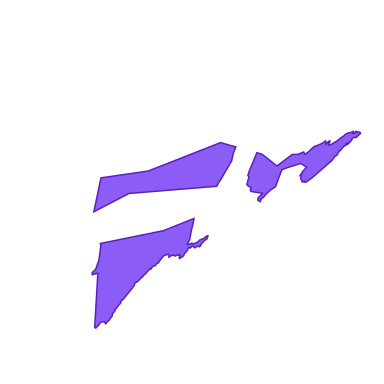 the district of Kópavogsbær, Höfuðborgarsvæði, Iceland, rotated 137°
{"feature_id": "244011B4103585132621", "entity_name": "Kópavogsbær", "entity_type": "district", "adm_level": 2, "iso_a3": "ISL", "parent_name": "Iceland", "parent_adm1": "Höfuðborgarsvæði", "projection": "robinson", "projection_center": [-21.781, 64.044], "detail": "fine", "context": "isolated", "style": "filled", "palette": "violet", "viewbox_px": 384, "rotation_deg": 137, "n_neighbors": 0, "source": "geoboundaries", "source_scale": "gbopen_adm2", "svg_char_len": 5709}
<svg xmlns="http://www.w3.org/2000/svg" viewBox="0 0 384 384"><g transform="rotate(137 192 192)"><path d="M294.2,216.9L294.5,215.6L306.4,205.7L315.1,201.2L320.0,201.1L321.3,199.5L316.3,196.8L355.2,159.6L355.5,158.9L355.3,158.3L355.2,158.1L353.9,158.3L352.4,158.0L352.0,158.1L349.0,158.8L348.1,159.0L347.7,159.0L346.4,158.3L345.7,157.8L344.9,157.1L344.5,156.5L344.7,155.9L345.0,155.1L345.0,154.5L344.5,154.4L344.0,154.5L343.7,154.7L342.9,154.9L342.0,154.9L339.9,154.7L339.1,154.9L338.6,155.2L336.8,155.5L335.5,155.5L334.5,156.0L333.5,157.0L333.1,157.3L332.6,157.3L330.5,157.4L329.7,157.6L329.0,157.8L328.3,158.1L327.7,158.6L325.7,158.7L324.6,159.0L323.8,159.1L321.9,159.3L320.9,159.3L320.2,159.4L319.0,160.0L318.3,160.6L316.9,160.7L316.0,160.4L315.5,160.4L298.7,162.8L295.7,164.3L295.3,164.4L295.0,164.3L294.5,164.0L293.0,163.6L289.3,163.8L288.8,163.9L288.3,164.2L288.1,164.2L287.9,164.0L287.8,163.8L287.6,163.7L286.5,163.6L286.1,163.7L285.5,163.7L284.4,164.0L283.9,164.1L282.2,163.9L281.1,164.0L280.3,164.0L279.6,164.1L279.4,164.2L277.7,164.4L276.9,164.3L276.5,164.5L276.1,164.4L275.4,164.1L275.0,164.4L274.5,164.3L274.5,164.0L274.4,163.7L273.8,163.8L273.5,163.8L273.0,164.2L272.7,164.2L270.5,164.2L270.1,164.0L270.1,163.9L269.7,163.4L268.5,163.2L268.0,163.3L267.4,163.6L266.9,163.7L265.5,163.2L264.5,163.4L263.3,163.3L263.0,163.5L262.7,163.8L261.9,163.8L261.1,164.2L259.6,164.0L258.8,164.3L257.9,164.5L256.7,164.6L255.7,164.5L254.8,164.1L253.2,163.8L253.1,163.7L253.1,163.2L252.9,163.0L252.4,162.7L252.0,162.5L251.7,162.2L251.6,161.9L252.1,161.0L252.6,160.6L253.4,160.3L253.4,160.2L253.1,159.9L252.4,159.8L251.6,160.1L250.9,159.8L250.3,159.4L250.2,159.3L249.9,159.2L249.6,158.9L248.5,158.6L248.2,158.4L248.2,158.0L248.4,157.4L248.3,157.2L248.0,156.7L246.5,156.2L246.3,155.9L245.5,155.8L245.3,155.7L245.1,155.5L245.2,155.4L245.0,155.1L244.2,155.1L243.8,154.8L243.9,154.7L243.9,154.2L244.2,153.7L245.7,153.0L246.2,152.6L246.5,151.9L244.0,151.3L242.0,151.1L241.1,151.3L240.5,151.6L238.9,152.2L238.2,152.1L237.2,152.1L236.0,152.3L235.1,152.4L234.8,152.5L234.7,152.7L234.4,153.2L234.2,153.4L233.8,153.4L232.2,153.4L231.9,153.3L231.8,153.2L231.9,152.5L231.8,152.3L229.2,152.3L228.6,152.1L228.2,151.9L228.1,151.7L228.3,150.6L228.2,149.5L228.1,149.3L227.6,149.1L226.5,149.0L225.2,148.5L224.5,148.2L223.6,147.5L223.5,147.4L224.0,147.0L224.0,146.9L222.9,146.8L221.6,147.0L220.3,147.8L219.9,147.9L217.9,147.7L216.6,147.9L215.1,147.9L214.3,147.7L213.8,147.5L213.4,147.4L213.1,147.5L212.6,147.8L212.0,148.1L211.4,148.2L211.2,148.3L210.9,148.5L210.8,148.8L210.3,149.2L210.8,149.6L211.5,149.7L211.9,149.9L212.1,149.9L212.6,149.9L213.8,150.0L214.0,149.9L214.7,149.9L214.9,150.1L215.6,150.2L215.7,150.3L216.2,150.6L217.0,150.9L217.7,151.0L218.0,151.2L218.4,151.3L219.0,151.6L220.4,151.5L221.8,151.6L222.1,151.5L224.9,152.5L226.4,153.0L226.4,153.4L226.5,153.5L226.6,153.8L227.1,154.0L226.9,154.5L227.2,154.8L228.1,155.1L228.6,155.1L228.7,155.3L229.0,155.5L229.5,155.6L229.8,156.0L231.0,156.4L230.8,157.4L226.5,158.5L218.3,164.6L213.3,167.8L208.6,171.3L239.4,183.3L294.2,216.9ZM129.2,195.1L137.5,208.7L209.7,237.2L248.9,264.4L277.3,244.5L239.1,233.9L170.0,179.3L164.7,181.1L163.4,181.2L141.8,187.7L135.7,191.9L129.2,195.1ZM62.4,120.2L62.2,120.3L60.5,120.2L59.5,120.5L58.9,120.8L58.3,120.9L58.0,121.1L55.7,121.5L55.5,121.4L55.1,121.2L53.7,121.3L53.0,121.5L51.6,121.6L51.2,121.6L50.7,121.8L49.6,121.9L49.3,121.8L49.2,121.6L48.6,121.6L48.3,121.5L48.0,121.7L47.8,121.9L47.6,121.9L47.7,121.6L46.8,121.5L46.6,121.4L46.9,121.8L46.6,122.0L46.3,122.1L44.9,122.0L45.0,121.3L45.8,121.2L46.0,121.1L46.2,120.8L42.0,120.8L40.2,121.0L38.2,121.7L37.6,121.7L36.5,121.6L35.9,121.6L35.7,121.2L35.5,120.4L35.3,120.1L35.1,120.0L34.3,119.9L30.9,119.9L29.9,120.0L29.1,119.8L28.7,120.2L28.5,120.6L28.5,120.9L28.7,121.3L28.8,121.5L28.9,121.8L29.0,122.0L29.1,122.3L29.4,122.5L29.8,123.0L30.2,123.5L30.5,123.8L30.6,124.1L30.6,124.4L31.0,124.7L31.4,123.6L32.5,123.7L32.8,123.9L33.2,124.3L33.1,124.8L33.8,125.3L34.0,125.3L33.9,125.4L33.2,125.3L33.2,125.5L34.2,125.5L34.2,125.9L34.1,126.1L32.9,126.3L32.8,126.2L32.7,125.3L32.7,126.4L32.7,126.5L34.1,126.4L34.2,126.8L34.3,126.8L34.7,127.0L35.4,127.0L35.6,127.5L36.1,127.9L38.1,128.9L39.9,129.4L41.0,129.6L42.3,129.5L43.3,129.6L44.7,129.8L46.1,130.1L48.4,130.2L49.1,130.3L49.7,130.5L50.4,130.4L51.2,130.4L53.8,131.1L55.3,131.4L57.8,131.7L58.0,131.7L58.2,131.9L58.3,132.1L58.6,132.5L58.9,133.1L59.1,133.1L59.8,132.8L60.7,132.8L59.8,133.0L59.1,133.8L58.5,134.3L56.8,134.7L56.5,134.9L56.3,135.3L56.9,135.7L58.0,135.9L59.0,135.8L61.6,135.5L61.5,135.8L61.3,136.1L60.4,136.9L59.9,137.4L59.7,137.8L59.5,138.3L62.3,138.6L64.7,139.2L69.7,141.0L71.2,141.4L71.0,141.7L71.7,141.8L73.0,142.0L74.7,142.1L78.2,141.9L79.8,141.9L81.6,142.2L83.5,142.7L83.8,142.8L83.0,145.1L88.8,147.3L93.1,151.1L112.1,153.1L115.0,171.9L117.7,176.5L136.7,167.9L139.9,165.9L139.8,164.4L146.9,160.0L146.5,156.8L146.1,156.4L145.6,154.9L146.8,154.5L147.3,154.2L147.8,153.8L148.1,153.4L148.3,153.0L148.4,152.5L148.3,152.1L148.0,151.5L141.4,143.1L141.9,142.9L147.5,142.6L147.7,142.4L148.6,142.1L148.7,141.6L149.2,141.3L149.3,141.0L149.4,140.9L149.4,140.5L149.2,140.1L149.2,139.8L148.9,139.5L148.9,139.1L148.9,138.7L148.7,138.4L148.0,138.6L147.3,139.1L146.4,139.5L145.8,139.8L145.5,139.8L143.5,139.4L138.2,139.9L135.1,140.0L132.6,139.8L128.8,139.1L127.1,139.0L111.2,147.0L105.0,144.5L92.9,138.6L91.3,132.0L94.3,131.8L96.6,131.5L99.9,130.8L101.3,130.4L100.2,130.0L101.1,129.5L102.0,128.9L102.7,128.2L103.2,127.6L103.6,127.0L103.8,126.4L104.4,123.9L103.2,123.7L102.7,123.7L102.4,123.5L102.5,123.1L103.1,122.6L102.8,122.2L102.5,122.3L101.7,121.4L94.6,120.5L68.0,119.6L63.1,120.7L62.4,120.2Z" fill="#8b5cf6" stroke="#5b21b6" stroke-width="1.5"/></g></svg>